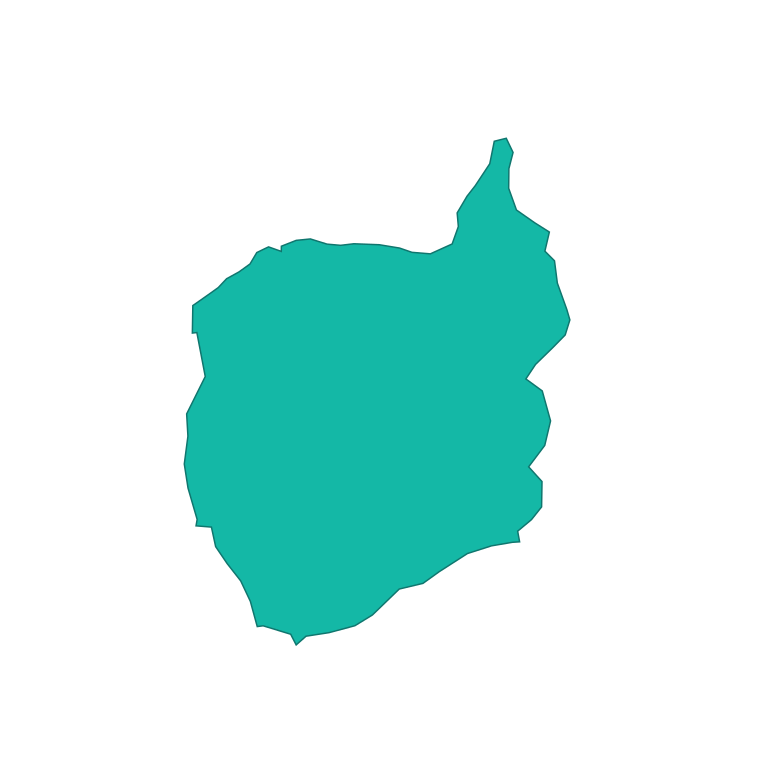 outline of Silikou, Limassol, Cyprus, rotated 215°
{"feature_id": "46923920B81520902942446", "entity_name": "Silikou", "entity_type": "district", "adm_level": 2, "iso_a3": "CYP", "parent_name": "Cyprus", "parent_adm1": "Limassol", "projection": "equal_earth", "projection_center": [32.888, 34.83], "detail": "fine", "context": "isolated", "style": "filled", "palette": "teal", "viewbox_px": 768, "rotation_deg": 215, "n_neighbors": 0, "source": "geoboundaries", "source_scale": "gbopen_adm2", "svg_char_len": 1179}
<svg xmlns="http://www.w3.org/2000/svg" viewBox="0 0 768 768"><g transform="rotate(215 384 384)"><path d="M456.6,160.0L443.3,167.8L428.6,154.2L409.4,146.9L388.4,140.5L368.8,129.3L348.7,112.6L344.3,116.6L316.9,125.5L306.3,119.9L303.2,132.7L286.4,148.8L269.2,169.3L261.0,188.2L253.9,224.8L237.7,243.1L231.1,262.0L218.4,293.0L203.2,313.0L188.0,328.0L182.4,332.5L190.1,340.1L185.4,357.5L184.4,373.7L198.6,394.7L218.0,399.1L217.1,425.9L226.4,449.3L250.4,469.1L270.7,469.5L271.1,486.9L266.6,510.7L263.7,528.1L268.5,543.1L277.0,549.9L299.9,566.1L315.0,582.7L328.4,585.1L335.7,603.3L353.1,602.5L364.6,602.5L375.3,602.5L394.1,615.8L405.2,632.0L411.1,647.7L424.8,655.4L426.9,653.0L432.9,646.1L423.7,625.1L423.0,598.8L423.3,593.1L423.7,585.5L422.2,566.1L413.4,555.6L408.5,537.8L420.7,517.2L436.6,507.9L449.2,504.3L467.7,495.4L489.1,481.6L499.1,472.7L510.9,465.9L527.5,460.6L538.3,451.3L547.1,438.0L544.2,433.7L557.2,430.1L559.1,426.8L563.6,418.7L562.6,405.5L567.1,392.6L573.3,380.0L575.1,367.8L579.6,355.1L585.6,338.6L570.2,315.8L566.8,318.8L534.7,287.6L528.5,246.3L514.7,228.8L501.7,203.9L484.8,186.3L459.4,165.9L456.6,160.0Z" fill="#14b8a6" stroke="#0f766e" stroke-width="1.5"/></g></svg>